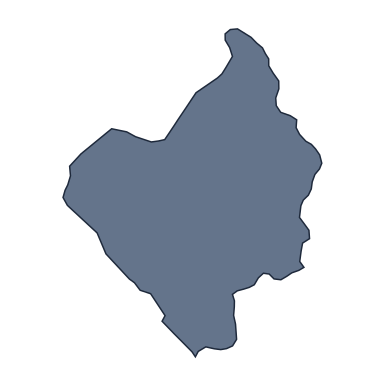 outline of Sapeaçu, Bahia, Brazil, rotated 182°
{"feature_id": "56859067B33676272778576", "entity_name": "Sapeaçu", "entity_type": "district", "adm_level": 2, "iso_a3": "BRA", "parent_name": "Brazil", "parent_adm1": "Bahia", "projection": "orthographic", "projection_center": [-39.225, -12.729], "detail": "fine", "context": "isolated", "style": "filled", "palette": "slate", "viewbox_px": 384, "rotation_deg": 182, "n_neighbors": 0, "source": "geoboundaries", "source_scale": "gbopen_adm2", "svg_char_len": 1331}
<svg xmlns="http://www.w3.org/2000/svg" viewBox="0 0 384 384"><g transform="rotate(182 192 192)"><path d="M142.3,46.3L143.9,61.5L146.1,70.1L145.7,78.7L145.8,84.7L148.0,91.1L143.3,94.8L136.8,96.8L131.4,98.7L126.5,101.5L122.7,108.5L117.8,113.3L112.0,112.7L107.0,108.0L100.1,107.4L94.3,111.1L89.4,114.7L82.5,117.4L77.5,120.6L81.9,126.3L80.9,136.6L79.7,144.8L72.9,149.5L73.8,157.8L78.1,163.3L83.7,170.3L82.7,182.1L80.5,187.8L75.6,192.9L72.9,199.2L72.2,206.3L69.8,213.8L65.4,219.5L63.3,225.3L65.7,233.5L70.0,239.3L74.4,243.8L80.0,246.7L86.5,253.3L90.2,259.9L89.9,267.8L96.5,271.7L106.1,274.7L110.8,281.2L111.6,288.9L108.8,298.1L109.2,306.0L115.1,313.7L119.7,320.8L120.0,327.7L123.5,332.8L126.6,338.5L132.7,343.2L138.3,348.6L152.2,356.6L159.4,355.7L164.4,351.2L164.1,344.9L159.4,337.6L156.3,328.9L162.5,317.5L166.2,311.1L170.6,306.8L184.5,296.5L191.4,291.4L201.7,274.7L208.4,264.0L212.2,257.7L217.1,249.8L221.1,243.4L227.3,241.8L234.4,240.6L250.4,245.3L259.3,249.8L274.5,252.4L304.3,226.2L315.2,213.5L314.0,203.9L316.4,194.8L318.9,189.3L320.7,182.0L316.0,174.2L285.4,147.8L275.8,127.1L251.5,102.8L246.3,99.3L240.4,92.0L229.8,88.9L214.6,67.5L217.4,61.8L204.9,49.7L195.4,40.8L186.4,32.3L182.9,27.4L180.2,32.9L172.8,37.7L164.3,36.1L157.8,35.5L152.0,36.7L146.1,39.6L142.3,46.3Z" fill="#64748b" stroke="#1e293b" stroke-width="1.5"/></g></svg>